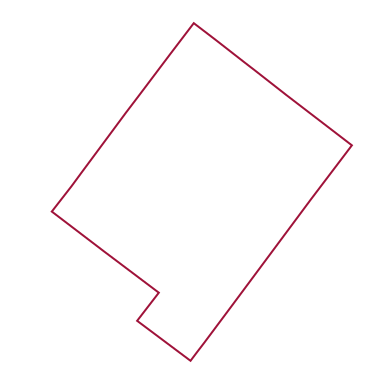 Calumet, Wisconsin, United States of America (Mercator projection), rotated 37°
{"feature_id": "52423323B78835319371150", "entity_name": "Calumet", "entity_type": "district", "adm_level": 2, "iso_a3": "USA", "parent_name": "United States of America", "parent_adm1": "Wisconsin", "projection": "mercator", "projection_center": [-88.247, 44.068], "detail": "fine", "context": "isolated", "style": "outline", "palette": "rose", "viewbox_px": 384, "rotation_deg": 37, "n_neighbors": 0, "source": "geoboundaries", "source_scale": "gbopen_adm2", "svg_char_len": 423}
<svg xmlns="http://www.w3.org/2000/svg" viewBox="0 0 384 384"><g transform="rotate(37 192 192)"><path d="M91.8,56.1L91.6,95.1L91.6,146.0L91.5,168.7L91.8,204.9L92.1,243.4L92.3,259.8L91.8,292.0L157.2,292.4L226.1,292.4L225.7,327.9L292.4,327.7L292.4,316.3L292.5,305.1L292.3,260.5L291.4,126.1L291.6,58.5L208.9,57.8L165.9,57.0L163.6,57.0L155.6,56.9L119.5,56.3L91.8,56.1Z" fill="none" stroke="#9f1239" stroke-width="2"/></g></svg>